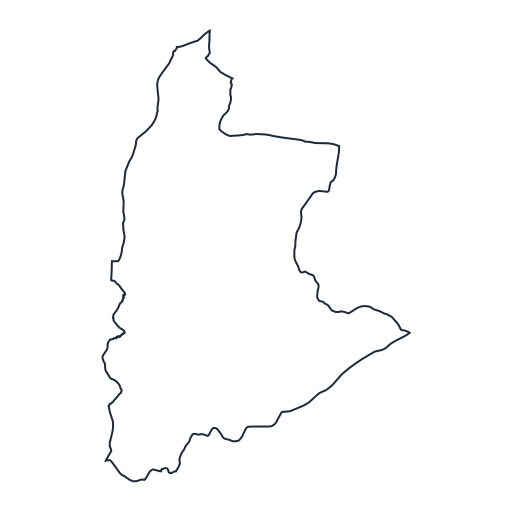 the district of Soeng Sang, Nakhon Ratchasima, Thailand
{"feature_id": "78962969B32036693641657", "entity_name": "Soeng Sang", "entity_type": "district", "adm_level": 2, "iso_a3": "THA", "parent_name": "Thailand", "parent_adm1": "Nakhon Ratchasima", "projection": "albers", "projection_center": [102.453, 14.379], "detail": "fine", "context": "isolated", "style": "outline", "palette": "slate", "viewbox_px": 512, "rotation_deg": 0, "n_neighbors": 0, "source": "geoboundaries", "source_scale": "gbopen_adm2", "svg_char_len": 6040}
<svg xmlns="http://www.w3.org/2000/svg" viewBox="0 0 512 512"><path d="M105.9,460.7L106.9,460.4L108.4,460.2L109.7,460.2L110.3,460.5L111.5,461.6L112.8,463.3L116.3,468.0L119.3,472.3L120.6,473.8L121.7,474.7L124.5,476.3L129.6,479.8L132.3,481.0L133.1,481.2L135.0,481.3L136.7,481.1L141.5,479.5L142.6,479.5L144.2,480.0L145.8,478.4L149.7,471.6L151.4,470.1L152.4,469.6L153.0,469.5L154.3,469.7L159.7,471.2L160.9,471.4L161.1,471.3L161.4,470.9L161.4,469.6L161.7,469.1L163.0,469.0L164.2,468.4L165.6,468.1L166.7,468.3L167.4,468.7L167.8,469.3L168.8,472.2L169.4,472.9L170.4,473.1L171.8,472.9L174.3,471.5L174.8,471.4L175.8,471.5L178.6,466.8L179.6,464.3L179.9,462.4L179.3,459.5L180.0,457.2L180.9,454.6L182.4,451.8L184.1,449.4L185.3,446.7L186.3,445.0L188.1,443.2L188.8,442.1L189.7,440.5L190.2,438.4L190.7,437.3L192.2,434.9L193.1,434.0L194.6,433.8L198.7,434.6L201.1,434.2L202.8,434.2L205.8,435.2L206.7,435.7L207.7,435.8L208.8,435.0L211.4,430.1L212.3,428.9L213.1,428.2L213.6,428.0L215.2,428.0L216.4,428.5L217.1,429.0L218.8,431.0L221.0,433.9L222.8,437.1L223.9,438.2L225.4,438.9L229.0,439.7L232.6,441.2L233.9,441.3L235.5,441.3L238.2,440.8L239.2,440.1L240.4,438.8L241.6,437.3L242.2,436.3L243.1,434.2L245.8,428.8L246.8,427.6L248.0,426.8L252.9,426.5L269.1,426.5L270.8,426.3L272.2,425.9L274.8,424.1L276.0,422.5L281.3,412.7L281.9,412.1L282.7,411.8L287.9,411.5L290.3,411.1L303.1,405.8L304.6,405.0L309.0,402.4L316.6,395.4L319.3,393.2L320.9,392.3L325.7,390.3L329.7,387.4L332.6,384.8L341.9,374.2L348.6,368.6L354.1,364.5L361.7,359.3L372.8,352.7L375.1,351.5L381.4,350.1L383.9,349.1L385.7,348.0L390.4,344.0L392.0,342.9L395.9,340.6L404.1,336.4L407.3,334.6L409.6,332.8L407.6,331.6L405.5,330.8L404.0,330.3L401.8,330.1L401.2,329.9L400.2,328.3L398.7,325.1L396.9,322.7L391.8,317.0L390.6,316.1L389.3,315.6L387.0,314.3L384.2,313.5L379.6,311.1L374.2,309.5L370.6,307.2L369.2,306.6L366.5,306.2L364.1,306.1L362.2,306.3L360.4,306.6L356.6,308.3L350.0,312.6L348.8,313.1L347.5,313.1L345.8,312.4L341.5,311.3L340.7,311.4L339.4,311.9L337.5,312.0L335.7,312.0L331.9,310.5L331.3,309.8L329.2,306.8L327.8,305.1L324.5,303.3L323.4,302.1L322.2,301.5L319.7,301.1L318.6,300.0L317.6,298.5L317.2,297.2L317.2,295.4L317.4,293.2L317.7,290.8L318.5,287.6L318.6,285.7L318.4,284.8L317.9,283.7L315.3,280.5L314.1,276.6L313.1,275.3L311.4,274.7L309.4,274.1L306.7,272.4L305.4,271.7L304.6,271.7L302.8,272.4L302.0,272.5L300.8,272.2L299.6,270.8L298.7,267.9L297.9,265.9L295.0,260.1L294.6,258.6L294.3,256.3L294.4,250.0L295.3,246.2L295.5,240.4L296.6,232.7L296.9,231.8L298.5,229.2L299.8,225.9L301.0,221.8L301.3,219.3L301.5,217.0L300.9,212.0L301.1,210.7L301.9,208.8L310.4,196.9L312.7,193.5L314.8,192.0L318.1,191.1L320.3,191.0L327.3,191.8L328.2,191.4L328.8,190.7L329.2,189.3L329.6,186.5L330.6,182.3L332.9,180.6L334.0,179.4L335.4,176.1L336.0,174.0L336.1,170.7L336.6,165.7L339.0,151.6L339.2,146.1L334.4,144.4L330.7,143.6L327.0,143.3L317.4,143.1L314.9,142.9L308.6,141.8L304.6,141.6L303.7,140.9L302.9,140.6L299.7,139.8L282.8,137.6L274.2,136.2L267.9,134.8L265.1,134.5L257.1,134.0L255.6,134.0L254.4,134.4L249.8,134.6L246.6,134.1L245.6,134.3L243.7,134.9L238.5,135.5L235.1,135.6L230.4,136.0L228.1,135.4L226.1,134.5L221.5,131.4L219.3,129.0L219.4,125.3L219.7,123.4L220.3,121.3L222.3,117.2L223.5,115.4L226.7,112.3L227.7,111.1L228.6,109.4L229.1,107.6L228.8,107.1L228.8,106.8L230.4,102.3L230.9,99.8L231.0,97.0L230.7,96.4L230.3,94.9L230.4,93.9L230.3,90.0L230.7,89.1L231.6,86.4L231.5,86.0L231.6,85.4L231.5,84.9L231.8,84.5L231.5,83.8L231.2,83.6L230.7,82.3L231.0,81.6L230.9,81.3L231.2,80.9L231.2,80.4L231.5,79.3L232.4,78.4L226.9,75.7L221.0,72.4L220.3,71.8L216.7,67.7L215.7,66.7L210.0,62.8L206.6,59.4L205.7,58.0L207.9,55.9L209.8,52.9L209.1,48.2L209.1,44.6L209.4,41.6L209.5,35.2L209.8,30.7L208.9,31.1L204.5,34.3L201.2,37.7L197.7,40.6L188.4,43.7L185.3,45.0L181.3,46.4L179.0,46.9L176.8,47.0L176.7,48.3L174.9,51.0L174.2,50.8L173.0,52.4L173.2,54.2L172.9,55.4L171.8,58.0L170.4,60.5L169.8,62.3L168.5,64.3L163.7,70.7L159.5,76.7L158.4,78.9L157.7,81.0L157.2,84.1L157.2,85.7L157.7,91.2L158.5,98.1L158.3,101.6L157.5,107.4L157.6,110.9L155.9,117.8L154.5,120.7L151.8,125.2L145.3,131.9L138.1,137.6L136.9,139.1L136.2,140.9L135.6,145.9L132.3,156.3L129.2,161.6L125.5,170.7L123.9,185.0L122.4,190.6L122.4,192.5L122.4,194.6L123.0,197.2L123.7,201.7L123.3,210.9L123.6,213.4L124.0,214.9L124.5,219.4L123.1,222.9L123.1,224.0L123.4,230.0L124.1,233.2L124.6,237.5L124.1,240.1L123.8,242.5L122.3,247.3L121.6,252.4L120.7,256.1L119.1,259.9L118.1,261.2L111.9,261.2L111.7,269.7L111.2,280.2L111.4,280.4L112.5,280.7L113.2,280.6L114.7,281.2L116.5,283.3L117.6,284.2L118.0,284.3L118.8,285.2L119.4,285.6L120.6,287.7L124.3,292.2L125.2,294.2L125.1,294.5L124.8,294.9L124.5,294.5L124.4,294.9L123.4,294.9L123.3,295.2L123.4,296.0L123.2,296.5L123.6,297.1L123.3,297.3L123.4,297.9L123.6,298.0L123.0,298.5L122.8,298.9L122.9,299.2L122.9,299.8L122.6,300.3L122.1,300.6L122.3,301.5L120.3,303.2L120.3,303.5L119.4,304.5L118.9,306.4L118.5,307.2L116.6,310.5L113.5,314.6L112.9,318.0L113.5,318.2L113.6,320.5L113.8,320.9L114.6,322.0L117.8,325.9L120.0,328.1L122.9,329.8L123.5,330.3L124.5,331.6L124.7,332.6L124.4,333.1L123.8,333.3L123.4,333.9L122.6,333.6L122.2,334.6L121.6,334.5L121.4,334.6L120.7,335.7L120.6,336.2L119.7,336.9L119.4,336.9L119.0,336.3L118.8,336.6L117.8,336.4L117.5,336.6L117.6,337.0L116.7,336.9L116.7,337.7L116.2,337.8L116.1,338.3L115.0,338.0L114.6,338.3L113.9,338.2L113.3,338.5L113.0,339.1L112.2,339.1L111.1,339.6L110.3,339.5L109.9,339.8L108.0,342.7L107.7,344.0L107.5,347.6L107.1,349.4L103.2,355.1L102.5,357.1L102.4,358.0L103.1,359.6L103.4,361.0L104.8,363.3L104.9,363.8L105.3,369.3L106.0,371.2L110.4,378.2L110.9,378.7L112.3,379.1L114.7,380.2L116.9,382.0L118.4,383.5L119.1,384.5L119.9,386.3L120.8,388.8L121.6,389.9L121.7,390.4L121.2,391.7L121.1,392.7L120.6,392.9L120.3,393.4L119.2,394.2L118.1,395.8L114.0,400.4L113.0,401.9L111.4,403.0L110.8,403.7L110.2,403.7L109.5,404.3L109.6,404.9L108.6,405.9L110.0,412.7L112.5,420.1L112.9,421.5L113.1,427.0L112.5,431.4L109.8,442.6L109.7,444.8L109.8,446.6L110.8,448.6L111.3,450.9L106.5,459.2L105.9,460.7Z" fill="none" stroke="#1e293b" stroke-width="2"/></svg>